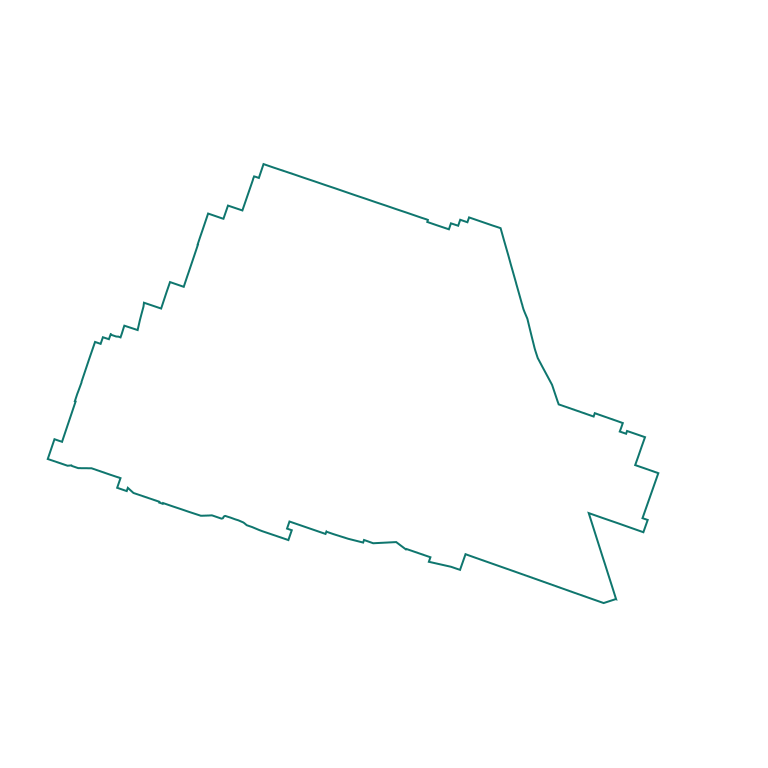 the district of Narembeen, Western Australia, Australia, rotated 19°
{"feature_id": "25037944B21858000962433", "entity_name": "Narembeen", "entity_type": "district", "adm_level": 2, "iso_a3": "AUS", "parent_name": "Australia", "parent_adm1": "Western Australia", "projection": "albers", "projection_center": [118.572, -32.022], "detail": "fine", "context": "isolated", "style": "outline", "palette": "teal", "viewbox_px": 768, "rotation_deg": 19, "n_neighbors": 0, "source": "geoboundaries", "source_scale": "gbopen_adm2", "svg_char_len": 3799}
<svg xmlns="http://www.w3.org/2000/svg" viewBox="0 0 768 768"><g transform="rotate(19 384 384)"><path d="M98.3,530.4L98.4,542.9L98.4,543.5L90.4,543.5L90.5,564.4L111.4,564.3L115.0,562.7L115.6,563.1L122.3,563.1L134.9,558.9L154.6,558.9L165.5,558.8L165.5,569.0L168.4,569.0L168.8,569.0L175.6,569.0L175.6,565.6L182.6,568.6L210.0,568.5L210.1,569.3L213.8,569.3L213.8,568.5L214.3,568.5L224.3,568.5L233.4,568.4L240.7,568.4L253.7,568.2L254.0,568.1L254.6,567.9L258.5,566.4L261.9,565.1L263.8,564.3L264.2,564.3L264.4,564.2L268.6,564.2L271.1,564.2L272.0,564.2L273.0,564.2L273.4,564.2L273.6,564.2L273.9,564.2L274.1,564.2L274.3,564.1L274.5,564.0L274.7,563.9L274.9,563.7L275.1,563.5L275.3,563.4L275.4,563.1L275.5,562.9L275.5,562.7L275.6,562.4L275.6,562.1L275.6,561.9L275.7,561.7L275.8,561.4L276.0,561.1L276.3,560.8L276.4,560.7L276.6,560.6L277.0,560.4L277.4,560.4L277.7,560.4L277.9,560.4L278.3,560.4L279.1,560.4L282.3,560.3L287.3,560.4L290.7,560.3L294.6,560.6L296.0,560.7L297.1,561.0L300.2,562.2L300.3,562.2L300.5,562.2L305.9,562.2L313.5,562.7L317.0,562.8L339.9,562.7L344.4,562.7L344.4,552.3L339.4,552.3L339.4,544.8L377.5,544.8L377.6,542.3L377.8,542.4L385.3,542.4L400.6,542.0L415.9,540.7L415.9,538.0L418.3,538.0L425.6,538.1L447.0,529.5L452.8,531.4L458.7,533.3L458.8,533.2L459.0,532.7L484.3,532.7L484.3,537.5L506.9,535.0L516.4,535.0L516.5,518.4L525.9,518.5L569.7,518.8L632.3,519.4L646.2,519.5L663.0,519.6L673.2,511.9L673.5,511.9L666.7,502.7L657.6,490.5L651.6,482.4L647.0,476.3L619.6,439.4L633.9,439.5L650.1,439.5L663.0,439.6L677.5,439.7L677.5,438.8L677.6,426.7L672.1,426.7L672.4,379.0L657.8,378.9L654.9,378.9L647.9,378.9L648.0,369.8L648.0,369.5L648.0,368.3L648.0,359.6L648.1,349.3L638.8,349.3L629.1,349.3L629.1,352.2L622.4,352.2L622.5,348.4L622.5,343.2L616.5,343.1L616.2,343.1L613.1,343.1L592.8,343.0L592.8,346.5L555.8,346.4L555.6,346.1L553.8,343.9L543.2,330.1L539.0,326.2L528.4,316.4L522.1,310.5L520.9,309.4L516.3,303.3L514.8,301.2L511.7,296.4L508.5,291.5L503.8,284.2L498.3,275.6L494.8,271.7L493.2,269.9L491.6,268.0L489.8,265.5L489.0,264.2L488.0,262.9L486.3,260.4L481.1,252.9L477.7,248.0L476.7,246.6L476.0,245.5L468.5,234.7L465.0,229.7L463.1,226.9L459.6,221.8L450.7,209.1L443.5,198.7L440.6,198.7L434.8,198.8L431.9,198.8L428.4,198.8L424.9,198.8L419.2,198.8L414.0,198.8L412.0,198.8L410.2,198.8L410.2,199.7L410.2,201.3L410.2,203.9L402.6,203.9L402.6,210.2L395.0,210.3L395.0,216.6L381.8,216.7L372.2,216.7L372.1,214.6L370.5,214.5L365.6,214.6L349.6,214.6L338.7,214.7L327.9,214.7L317.2,214.8L306.6,214.8L295.9,214.9L285.3,214.9L274.3,214.9L263.3,215.0L252.5,215.0L241.7,215.1L230.8,215.1L220.1,215.2L209.4,215.3L209.1,215.3L198.5,215.3L198.6,229.9L195.5,229.9L193.6,230.0L193.5,232.4L193.6,234.2L193.6,236.7L193.6,240.3L193.6,242.9L193.6,244.3L193.6,247.2L193.6,248.7L193.6,249.5L193.6,252.4L193.6,255.5L193.6,258.4L193.6,260.1L193.6,262.1L193.6,265.8L193.6,266.0L178.4,266.1L178.4,267.5L178.4,277.8L178.4,280.0L177.2,280.1L175.0,280.1L173.2,280.1L170.0,280.1L167.6,280.1L164.9,280.1L163.1,280.1L162.4,280.1L162.2,280.1L162.2,280.3L162.3,297.0L162.3,305.8L162.4,312.9L162.7,312.9L162.7,313.0L162.8,324.3L162.9,342.0L162.9,346.2L163.0,357.3L161.0,357.3L158.8,357.3L157.2,357.3L156.2,357.3L155.0,357.3L153.9,357.3L151.9,357.3L151.2,357.3L150.0,357.3L148.5,357.3L148.5,358.6L148.5,358.8L148.5,359.0L148.5,359.4L148.5,359.6L148.5,361.3L148.5,363.8L148.5,365.3L148.5,367.2L148.5,367.7L148.7,384.5L148.7,385.2L130.8,385.3L130.6,385.3L131.4,389.2L131.4,389.3L132.0,397.9L132.4,403.1L133.5,413.2L119.5,413.4L119.5,415.5L119.7,421.4L119.7,425.7L117.3,425.7L115.4,426.3L110.9,426.3L110.6,426.4L109.6,425.8L109.4,425.8L109.3,431.2L103.0,431.3L103.0,438.0L102.9,438.0L102.9,438.3L97.1,438.3L97.1,456.4L97.3,480.3L97.5,481.1L97.3,490.3L97.2,493.2L97.3,501.0L98.1,501.0L98.3,530.4Z" fill="none" stroke="#0f766e" stroke-width="2"/></g></svg>